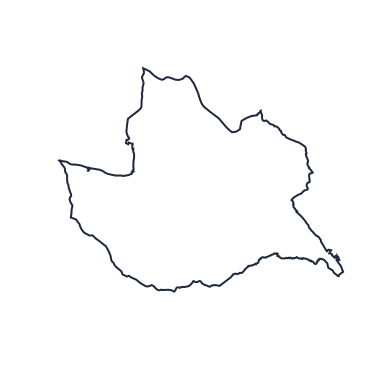 the district of Bello, Antioquia, Colombia, rotated 338°
{"feature_id": "7082276B79272217078231", "entity_name": "Bello", "entity_type": "district", "adm_level": 2, "iso_a3": "COL", "parent_name": "Colombia", "parent_adm1": "Antioquia", "projection": "robinson", "projection_center": [-75.562, 6.361], "detail": "fine", "context": "isolated", "style": "outline", "palette": "slate", "viewbox_px": 384, "rotation_deg": 338, "n_neighbors": 0, "source": "geoboundaries", "source_scale": "gbopen_adm2", "svg_char_len": 6045}
<svg xmlns="http://www.w3.org/2000/svg" viewBox="0 0 384 384"><g transform="rotate(338 192 192)"><path d="M80.7,113.1L81.3,114.4L81.6,117.1L82.8,121.2L82.9,122.9L82.0,125.7L82.4,128.5L82.4,129.9L80.9,133.6L79.9,136.8L80.0,139.4L79.3,141.7L78.9,149.1L78.5,150.4L76.7,151.6L75.9,152.5L75.7,153.2L75.5,156.3L76.1,159.7L76.0,160.0L73.8,163.2L71.7,167.6L70.1,170.3L73.6,173.4L74.5,174.6L74.7,176.6L75.2,178.0L75.6,179.5L75.4,183.7L75.8,186.2L76.7,189.1L77.5,190.3L78.5,191.3L80.4,193.7L81.1,194.2L82.8,194.6L83.6,195.1L85.2,198.8L88.2,203.6L90.5,207.9L91.2,208.8L91.8,209.9L92.5,214.8L92.6,216.9L92.5,221.0L91.7,224.9L91.7,226.2L92.7,228.2L92.8,230.5L93.4,232.7L96.8,239.1L96.7,241.9L96.8,242.5L100.0,246.0L101.9,246.0L104.2,249.1L107.4,252.3L109.9,256.9L113.9,262.2L115.9,263.1L119.9,263.3L121.2,265.1L122.8,268.9L124.1,270.5L125.6,271.0L127.4,271.2L128.2,272.0L133.3,273.7L136.3,275.5L138.0,277.6L139.2,277.3L141.4,275.3L142.5,274.9L143.2,275.1L144.9,276.3L147.1,276.2L149.5,277.3L153.3,278.0L155.1,277.7L157.9,276.5L159.6,275.2L160.1,275.2L160.9,276.3L162.3,277.3L163.5,277.5L165.4,277.3L166.3,277.8L166.9,278.9L166.9,280.1L167.3,280.8L169.2,283.1L170.6,284.2L172.7,286.4L173.6,286.5L174.3,286.1L177.8,286.6L181.1,288.4L182.3,289.4L195.4,285.8L196.8,285.3L198.5,284.2L199.5,284.1L199.5,283.8L201.2,283.8L202.4,284.4L202.8,285.0L204.4,285.2L204.9,285.0L205.5,285.2L206.0,284.9L206.5,285.2L207.3,285.4L208.3,285.7L211.7,284.0L211.9,283.7L212.3,283.7L213.0,283.1L214.1,282.9L214.8,282.5L215.4,282.6L216.5,281.6L217.4,282.0L217.7,281.9L218.0,282.2L220.3,282.6L221.1,282.4L222.3,282.7L223.0,282.6L223.8,282.2L224.4,283.0L225.4,282.4L226.9,282.4L227.4,282.0L227.9,280.9L228.5,280.1L229.2,279.7L230.1,280.0L230.2,279.6L230.9,279.1L231.8,279.2L232.8,278.8L235.8,280.5L236.7,280.2L238.6,280.4L240.2,280.1L241.1,280.4L242.0,280.0L244.0,280.3L244.9,279.8L245.5,279.9L247.2,280.7L247.2,280.9L247.5,280.9L247.4,281.1L247.9,281.1L248.3,281.5L247.2,283.3L248.9,284.5L248.8,285.3L249.0,285.7L250.4,287.2L253.5,288.5L254.8,288.4L255.5,289.1L257.1,289.1L257.5,289.9L259.0,289.9L259.9,291.3L261.2,291.2L261.6,291.6L262.0,291.5L262.9,292.0L264.7,291.6L265.1,292.0L265.3,292.6L266.3,293.8L267.8,294.2L268.0,294.6L268.7,294.8L268.8,295.3L269.2,295.4L269.7,294.8L270.3,294.9L270.8,295.6L272.4,296.3L273.5,297.2L273.7,297.9L274.8,298.4L275.6,300.2L276.4,300.8L276.6,300.2L276.8,300.3L277.8,302.0L278.4,302.6L278.7,304.1L279.3,305.0L280.0,305.1L280.8,304.8L280.8,304.5L281.6,303.9L282.0,303.2L282.2,303.3L283.5,303.0L283.5,302.6L284.0,302.7L284.2,302.4L284.3,301.9L285.2,301.7L286.2,302.3L286.6,302.2L287.2,303.0L288.2,303.4L289.0,304.4L290.7,308.8L290.0,312.9L290.1,313.5L292.7,316.9L293.1,317.9L293.3,320.1L294.6,322.1L295.4,324.0L296.1,324.8L296.6,325.0L297.1,324.2L297.8,323.7L302.2,322.6L302.3,316.2L301.2,312.4L300.7,309.8L300.4,309.2L300.6,308.9L301.1,309.1L301.2,309.4L301.0,309.8L301.7,310.4L302.2,310.1L303.0,310.3L303.3,307.2L303.0,307.0L302.7,305.6L302.4,306.3L301.6,306.8L301.2,307.5L300.8,305.2L299.5,306.1L298.1,303.2L298.5,302.3L297.5,301.0L296.9,300.8L296.7,300.3L296.4,300.2L297.9,298.8L298.0,298.3L298.7,298.5L299.2,298.1L297.1,296.7L296.5,296.9L295.9,296.7L295.1,297.5L294.8,297.5L294.0,292.9L293.5,288.8L293.0,286.8L293.0,286.0L293.5,284.9L292.7,281.6L292.0,280.1L290.9,279.2L289.6,276.0L288.9,273.8L288.1,272.1L287.7,269.9L287.2,269.3L287.4,266.3L286.4,263.3L286.1,261.3L284.7,256.9L282.6,251.9L281.4,249.8L282.3,249.2L281.9,248.8L281.8,248.1L281.3,247.7L281.3,246.1L280.5,244.2L280.6,243.1L281.3,242.3L281.1,241.6L281.6,241.3L281.6,240.5L282.1,239.7L281.8,237.9L281.4,237.3L281.2,236.7L284.1,235.3L289.3,234.4L292.7,234.4L295.7,233.0L296.8,232.7L299.8,233.0L300.2,232.8L300.7,232.3L300.8,231.8L300.5,230.5L300.6,229.4L301.2,227.9L302.1,227.1L303.3,226.8L304.5,226.9L305.0,226.6L306.5,221.2L307.1,219.8L308.1,219.1L310.8,219.4L311.2,219.2L310.3,215.6L309.5,213.9L309.4,213.4L309.9,213.2L309.5,211.8L309.3,209.8L309.7,208.5L310.4,208.1L311.3,206.6L311.5,203.0L311.3,201.8L311.4,201.2L311.7,199.5L312.5,199.4L312.7,199.1L312.6,198.5L312.8,198.1L312.8,196.7L313.4,196.0L313.4,194.9L313.9,194.2L313.9,192.4L311.3,188.4L309.2,185.7L306.8,183.9L306.2,182.9L304.9,182.0L303.8,180.7L302.5,179.7L300.0,176.8L299.6,175.9L299.6,174.8L299.2,173.7L298.1,173.4L297.3,171.4L297.1,169.9L297.5,168.8L296.4,167.5L296.6,166.0L296.0,164.8L294.9,163.0L294.0,162.3L293.0,162.0L292.7,160.4L290.0,158.3L289.6,157.6L288.7,155.3L287.6,153.5L285.5,153.2L284.7,152.4L284.4,151.2L284.7,149.3L285.7,147.3L285.9,143.0L286.2,142.4L285.8,142.4L284.7,143.8L283.1,143.8L282.1,144.7L281.5,144.5L281.0,145.2L275.4,143.8L270.4,143.8L264.7,144.6L261.9,148.6L260.0,151.8L255.6,152.6L251.5,151.6L250.2,149.4L248.2,145.1L244.4,133.7L238.6,124.0L235.1,117.6L234.4,115.3L234.1,113.1L234.1,109.5L234.3,105.8L234.7,103.3L234.4,92.5L233.1,86.5L232.2,84.3L229.7,82.1L227.8,82.5L226.4,83.4L222.9,83.4L221.0,82.8L218.6,81.6L214.5,77.8L212.7,76.5L211.4,76.2L209.7,76.3L208.3,76.9L206.3,76.7L204.6,75.3L202.7,73.2L200.4,69.8L197.9,64.2L193.1,59.0L192.4,62.8L191.9,63.8L188.9,66.5L188.4,67.2L188.2,71.7L187.5,73.7L185.3,76.5L183.8,80.1L182.5,81.5L181.7,84.7L179.7,88.0L177.1,93.9L176.2,94.9L175.3,95.4L173.1,96.4L160.3,100.0L159.5,101.0L156.4,106.4L153.9,111.3L153.5,112.7L153.4,116.6L153.9,118.1L153.7,119.0L152.9,119.3L152.2,119.3L151.9,119.6L151.3,119.6L150.8,119.2L149.1,122.0L150.7,123.8L151.0,123.3L152.1,122.5L153.9,124.5L155.0,124.9L154.9,125.6L153.5,127.6L153.2,128.5L153.0,130.1L153.7,130.1L152.6,132.6L152.6,134.4L152.2,136.1L150.8,139.2L149.9,140.5L148.4,143.5L147.1,146.6L146.7,148.4L146.0,149.4L145.3,149.5L145.0,150.3L145.4,151.0L144.1,151.0L144.1,151.5L143.7,151.8L143.4,151.5L143.2,152.2L143.0,152.5L139.3,152.5L133.9,151.3L132.8,150.3L127.2,148.1L121.6,144.3L119.3,142.3L116.6,138.5L114.3,136.5L106.6,131.8L105.5,132.7L105.1,132.4L103.8,133.5L103.5,133.4L103.4,133.3L105.9,131.2L104.8,130.3L103.9,130.6L103.4,129.8L103.5,129.7L98.4,125.3L95.9,124.0L94.1,122.8L92.5,122.3L89.8,120.8L87.1,117.0L83.7,115.1L81.3,113.2L80.7,113.1Z" fill="none" stroke="#1e293b" stroke-width="2"/></g></svg>